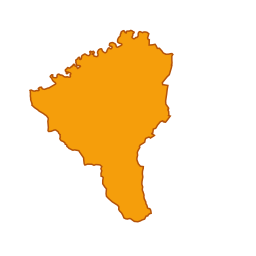 Almas, Arad, Romania, rotated 332°
{"feature_id": "2599482B18318640394861", "entity_name": "Almas", "entity_type": "district", "adm_level": 2, "iso_a3": "ROU", "parent_name": "Romania", "parent_adm1": "Arad", "projection": "mercator", "projection_center": [22.225, 46.251], "detail": "fine", "context": "isolated", "style": "filled", "palette": "amber", "viewbox_px": 256, "rotation_deg": 332, "n_neighbors": 0, "source": "geoboundaries", "source_scale": "gbopen_adm2", "svg_char_len": 5647}
<svg xmlns="http://www.w3.org/2000/svg" viewBox="0 0 256 256"><g transform="rotate(332 128 128)"><path d="M108.4,214.2L109.2,212.1L109.5,210.6L109.3,209.4L108.2,208.6L107.7,207.6L108.2,206.1L108.4,204.4L108.3,203.7L108.4,202.8L108.9,201.9L109.1,200.9L108.9,200.1L109.2,198.8L109.0,198.3L109.9,195.8L110.5,195.0L110.9,193.7L111.0,192.8L111.3,191.5L111.3,190.4L111.9,188.7L113.3,187.0L113.8,184.1L115.3,181.7L118.1,178.2L119.1,175.3L120.6,172.8L122.4,170.9L123.4,169.3L121.0,167.6L120.3,164.5L120.9,160.3L121.8,158.6L123.7,156.6L124.7,154.0L126.0,152.8L129.2,150.8L129.5,149.5L130.8,148.7L134.7,148.5L136.3,148.2L136.8,147.3L138.6,145.6L139.1,145.5L142.1,145.8L142.7,146.4L143.1,147.4L147.2,147.1L147.9,146.9L146.3,144.3L146.5,143.9L146.9,144.0L147.2,144.4L149.9,140.8L151.8,141.2L152.7,141.1L155.4,139.3L159.4,137.7L160.0,137.7L162.0,138.0L162.1,139.0L162.8,139.2L162.7,139.7L163.9,140.5L166.5,139.4L170.9,137.3L169.7,136.0L170.2,135.7L171.7,132.4L171.6,131.3L172.1,130.8L172.1,130.1L172.9,130.1L173.2,129.3L172.6,124.7L173.9,121.8L177.9,116.4L180.3,112.9L183.2,109.2L179.0,106.0L179.6,104.1L186.4,101.2L189.5,100.3L194.5,95.2L196.1,93.3L195.8,93.1L196.3,92.3L196.5,92.4L197.4,91.2L198.6,88.6L200.4,85.2L201.5,84.4L202.1,84.2L201.9,83.3L201.7,82.9L200.5,82.4L198.6,81.9L195.9,80.6L195.8,80.2L194.9,79.1L194.4,78.3L194.2,77.3L194.1,76.0L193.2,72.4L191.3,71.5L191.4,68.3L191.2,66.8L188.5,66.0L185.6,64.7L188.1,60.3L187.9,60.3L187.5,59.2L187.5,58.5L187.6,57.6L190.6,54.6L190.3,54.2L190.1,53.0L189.3,52.1L188.0,51.1L186.7,50.6L185.7,50.7L183.8,48.5L183.3,48.4L182.8,48.4L181.6,49.1L181.0,50.0L180.3,51.4L178.9,52.2L178.2,52.2L177.7,51.8L177.3,51.8L175.7,52.2L174.8,51.8L174.1,50.4L174.1,49.8L174.4,49.4L175.0,49.1L175.9,48.2L176.5,47.1L177.6,46.9L178.2,46.6L178.3,46.4L178.3,45.7L177.5,45.1L177.3,44.6L177.2,44.0L176.2,43.1L174.7,43.1L174.0,42.8L173.7,42.5L172.4,42.0L171.9,42.1L171.3,43.0L171.0,43.2L170.7,42.9L170.3,42.5L170.2,40.9L170.0,40.1L168.7,39.8L167.4,40.0L166.8,40.2L166.3,41.1L165.3,41.6L164.9,42.4L164.2,43.2L162.9,43.5L161.5,44.2L160.2,45.3L159.4,46.7L159.3,47.5L159.9,48.7L160.8,49.7L161.6,50.3L161.9,50.8L161.7,51.6L161.4,51.8L160.8,51.9L157.5,51.9L156.7,51.8L156.3,51.5L155.9,50.7L156.2,49.4L156.3,48.2L156.0,47.4L154.7,45.5L154.1,45.1L152.5,44.7L151.5,44.8L151.0,45.3L150.3,46.4L150.5,47.1L151.8,48.2L152.0,48.5L151.9,49.2L151.7,49.5L150.6,50.1L150.1,50.1L149.5,49.6L149.4,49.4L149.5,49.1L149.2,48.6L148.8,48.3L148.1,48.3L146.9,49.0L145.8,49.8L145.1,50.6L143.6,51.0L143.2,50.9L142.9,50.7L142.2,49.7L141.7,48.5L141.6,47.4L141.8,46.6L141.8,45.7L140.6,45.1L138.9,45.2L138.3,45.5L137.0,46.4L136.3,47.4L136.3,48.4L135.9,49.4L135.2,50.2L134.0,50.4L131.9,48.7L131.8,48.3L132.2,46.8L131.9,46.5L131.3,46.4L131.0,46.0L131.1,45.8L131.7,45.7L132.2,46.1L133.6,45.8L133.7,44.6L133.4,44.0L132.3,43.8L131.8,44.0L131.6,43.9L131.4,43.2L131.1,42.7L130.3,42.6L130.1,42.7L129.9,42.9L129.9,43.9L129.2,45.1L128.1,45.7L127.5,45.7L127.0,45.5L126.0,44.6L125.2,43.1L124.7,42.4L124.2,42.3L121.8,42.4L121.3,42.6L120.7,42.9L119.9,44.2L119.1,45.0L118.6,45.2L117.9,45.1L117.7,44.7L118.3,43.2L118.2,42.7L117.5,42.5L117.2,42.5L116.5,42.9L116.0,43.4L114.9,43.3L113.9,43.5L113.4,44.2L113.3,44.9L112.7,45.7L112.6,46.6L112.3,47.4L112.3,48.2L112.6,48.9L114.5,50.1L114.8,50.5L115.0,50.8L114.9,51.3L114.4,51.5L113.7,51.4L112.5,51.8L111.6,51.8L111.4,51.1L111.5,49.7L111.1,49.1L110.4,48.3L110.6,47.5L110.5,46.8L110.2,46.3L109.5,46.3L109.2,46.6L109.1,46.9L107.5,47.1L107.5,47.3L107.3,47.5L106.3,47.3L105.0,47.7L104.1,47.5L103.5,46.6L103.1,46.3L102.0,46.7L101.6,47.1L100.9,47.0L100.2,47.1L99.8,47.6L99.6,48.0L99.5,48.3L99.6,48.6L100.3,49.4L100.3,49.6L99.3,50.3L99.3,51.0L99.4,51.3L99.8,51.5L100.6,51.4L100.8,51.1L100.8,50.6L101.0,50.4L101.7,50.7L101.8,51.1L102.8,52.1L103.0,52.4L103.1,52.7L103.1,53.1L102.8,53.5L101.8,53.9L101.6,54.4L101.6,55.1L101.2,55.6L100.8,55.8L99.8,55.5L98.2,54.1L97.7,54.1L96.4,53.4L95.8,52.8L95.3,51.9L95.1,51.2L94.7,50.6L93.8,49.8L93.1,49.5L92.6,48.4L91.9,47.8L90.8,47.7L90.0,48.3L89.4,49.4L89.1,49.7L88.2,49.9L86.5,48.9L85.7,48.1L85.6,47.5L85.8,46.8L86.5,45.8L86.1,45.4L85.6,45.2L84.2,45.6L83.7,45.8L83.4,46.1L83.5,47.0L83.8,47.7L83.9,48.3L83.8,50.9L84.1,51.5L84.2,52.1L84.9,53.4L85.1,54.0L85.0,54.9L84.6,55.2L77.3,55.5L76.7,55.5L76.3,55.2L72.5,54.7L71.3,53.8L70.9,53.3L70.7,53.0L70.6,52.5L70.8,52.0L70.8,51.4L70.0,51.0L69.3,50.7L67.6,50.9L67.4,51.0L67.2,51.3L67.5,52.0L67.5,52.6L66.7,52.9L66.0,52.8L65.1,52.1L64.1,51.8L63.2,51.8L61.7,50.8L60.3,49.0L59.1,48.8L59.1,49.5L58.2,51.2L58.0,51.9L56.8,53.9L56.0,56.2L55.6,56.7L55.2,58.0L54.9,60.2L54.7,60.7L54.7,61.4L54.1,62.6L53.9,62.7L55.0,66.0L56.8,69.4L57.5,71.4L60.1,75.5L60.8,77.2L61.3,77.9L61.8,79.2L61.9,80.1L62.2,81.8L61.6,82.9L60.4,84.4L57.9,90.2L56.1,92.9L56.4,93.9L58.5,94.8L61.9,95.2L63.1,95.7L63.4,96.1L64.6,98.7L64.4,99.9L64.8,101.6L65.0,102.1L64.2,103.1L64.1,104.1L63.7,104.6L63.1,104.9L62.8,105.7L62.8,106.9L63.1,107.9L64.3,109.3L64.8,110.1L64.9,110.6L65.3,111.2L65.0,112.9L65.6,113.4L65.9,114.2L65.8,114.8L65.4,115.6L66.1,117.1L66.4,118.5L67.2,119.4L68.5,121.4L69.4,121.9L70.6,122.3L73.9,124.9L74.0,126.6L74.8,133.5L74.1,135.0L72.5,139.1L72.6,140.5L75.3,140.9L79.0,143.0L80.4,144.9L82.5,145.2L84.4,146.4L85.9,147.4L86.8,149.7L85.0,151.2L84.7,153.5L82.8,155.5L81.6,157.9L82.6,158.9L82.8,160.2L81.1,162.4L79.5,165.4L79.8,169.1L80.4,171.6L77.8,175.7L76.9,178.3L77.8,181.4L79.5,185.9L82.6,191.4L82.9,193.3L81.6,195.5L81.6,197.2L82.4,199.9L82.5,202.5L82.2,205.5L83.3,207.0L84.7,208.1L85.7,208.3L87.2,208.8L87.8,209.5L89.7,213.4L92.7,215.4L95.2,215.8L97.1,215.8L99.9,216.2L102.6,214.3L104.1,214.9L105.0,214.3L106.7,213.8L108.4,214.2Z" fill="#f59e0b" stroke="#b45309" stroke-width="1.5"/></g></svg>